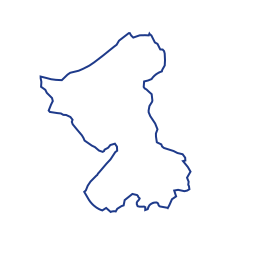 the district of Izra', Dar`a, Syria, rotated 239°
{"feature_id": "27442178B99944519185371", "entity_name": "Izra'", "entity_type": "district", "adm_level": 2, "iso_a3": "SYR", "parent_name": "Syria", "parent_adm1": "Dar`a", "projection": "mercator", "projection_center": [36.034, 32.866], "detail": "fine", "context": "isolated", "style": "outline", "palette": "blue", "viewbox_px": 256, "rotation_deg": 239, "n_neighbors": 0, "source": "geoboundaries", "source_scale": "gbopen_adm2", "svg_char_len": 4231}
<svg xmlns="http://www.w3.org/2000/svg" viewBox="0 0 256 256"><g transform="rotate(239 128 128)"><path d="M197.8,194.9L196.7,193.5L198.7,190.5L201.4,185.8L202.8,179.1L205.4,178.4L206.8,178.3L208.4,178.4L208.9,177.6L207.5,165.3L205.2,161.1L204.9,158.1L204.1,152.1L203.0,144.3L201.7,132.8L201.4,127.5L201.4,126.6L201.9,119.7L202.5,115.2L205.1,106.9L204.9,103.7L203.1,95.9L206.4,91.0L209.4,87.2L212.8,83.9L217.1,79.6L215.5,78.7L212.4,77.6L211.9,77.3L211.4,77.0L208.1,74.7L203.3,76.8L200.0,76.5L192.8,78.3L189.8,77.4L187.7,74.1L183.8,69.0L182.0,69.3L177.1,75.2L175.0,78.0L172.6,79.3L171.0,81.7L167.1,84.3L163.6,84.7L162.2,83.0L159.6,82.5L152.2,83.6L145.5,84.7L142.4,84.7L139.6,84.3L131.4,88.0L128.7,89.8L123.6,91.5L120.6,94.0L120.6,95.6L121.5,96.8L121.3,100.8L122.5,104.1L121.3,108.7L117.7,108.9L114.1,107.0L113.9,104.7L110.1,96.8L108.5,91.2L104.8,80.2L104.4,78.8L103.5,77.3L103.5,76.5L101.4,68.3L99.3,63.8L96.2,59.7L95.8,57.6L86.5,57.5L86.3,57.5L86.1,57.5L85.9,57.5L85.7,57.6L85.4,57.6L85.0,57.6L84.7,57.6L84.4,57.7L84.2,57.7L83.9,57.7L83.7,57.7L83.5,57.8L83.4,57.8L83.2,57.8L82.9,57.9L82.7,57.9L82.3,58.0L82.2,58.0L81.8,58.1L81.7,58.1L81.3,58.2L81.1,58.2L80.9,58.3L80.7,58.3L80.4,58.4L80.2,58.5L79.7,58.6L79.4,58.7L79.1,58.8L78.8,58.9L78.5,59.0L78.3,59.1L78.1,59.2L77.8,59.3L77.5,59.4L77.2,59.5L76.8,59.7L76.5,59.8L76.2,59.9L76.0,60.0L75.8,60.1L75.5,60.3L75.2,60.4L75.0,60.6L74.7,60.7L74.5,60.8L74.3,60.9L74.0,61.1L73.7,61.2L73.5,61.4L73.3,61.5L73.1,61.6L72.9,61.8L72.6,62.0L72.4,62.1L72.2,62.2L72.0,62.4L71.7,62.6L71.5,62.8L71.3,63.0L71.1,63.1L70.9,63.3L70.6,63.5L70.7,68.1L65.0,69.9L65.0,70.1L65.0,70.3L64.9,70.4L64.9,70.6L64.8,70.9L64.8,71.0L64.7,71.2L64.7,71.3L64.6,71.5L64.5,71.8L64.4,72.0L64.3,72.3L64.2,72.4L64.2,72.5L64.0,72.8L63.9,73.1L63.7,73.4L63.6,73.5L63.4,73.8L63.2,74.0L63.0,74.3L62.9,74.4L62.8,74.5L64.3,77.2L64.4,82.2L63.9,84.4L67.9,88.0L69.2,97.8L65.9,101.2L64.6,101.5L63.8,101.3L62.8,101.4L62.1,101.7L61.6,101.7L61.0,100.8L60.3,98.8L60.3,98.4L59.6,97.2L58.2,96.3L56.0,96.0L54.7,97.3L53.2,99.7L52.4,101.3L51.2,102.0L48.8,100.5L48.3,103.1L48.6,103.4L48.7,103.6L48.9,103.7L49.0,103.9L49.2,104.1L49.3,104.3L49.4,104.5L49.6,104.6L49.7,104.8L49.8,105.0L50.0,105.2L50.1,105.4L50.2,105.6L50.3,105.8L50.4,106.0L50.5,106.1L50.6,106.3L50.7,106.5L50.8,106.8L50.8,107.0L50.9,107.3L50.9,107.5L51.0,107.7L51.0,107.8L51.0,108.0L51.0,108.3L51.0,108.6L51.1,108.8L51.1,109.1L51.0,109.4L51.0,109.5L51.0,109.8L51.0,110.0L51.0,110.3L50.9,110.4L50.9,110.6L50.9,110.9L50.8,111.0L50.8,111.3L50.7,111.4L50.7,111.5L50.6,111.8L50.5,112.0L50.4,112.3L50.3,112.6L50.2,112.8L50.1,113.0L49.9,113.3L49.8,113.5L49.7,113.6L49.7,113.8L49.5,114.0L49.4,114.1L49.2,114.3L48.9,114.5L48.6,114.6L48.4,114.7L48.3,114.8L48.2,114.8L47.9,114.8L47.7,114.8L47.4,114.8L47.2,114.8L47.1,114.7L46.9,114.7L46.7,114.6L46.4,114.5L46.2,114.5L45.9,114.5L45.7,114.5L45.4,114.5L45.2,114.6L44.9,114.7L44.7,114.8L44.4,114.9L44.3,115.0L44.2,115.1L39.2,120.8L38.9,120.9L40.5,123.6L44.3,129.0L44.6,134.0L50.6,135.4L49.2,139.1L44.8,143.8L43.9,146.4L43.9,149.1L46.8,150.3L48.3,150.4L50.7,152.3L55.0,153.0L58.4,159.1L63.7,159.2L71.3,158.1L70.6,160.4L73.1,161.7L77.4,161.3L81.1,157.5L84.8,155.2L92.4,148.5L94.6,147.7L96.8,148.1L100.5,145.6L101.0,145.4L106.3,147.6L108.9,149.1L111.7,152.6L117.9,153.6L126.7,153.2L130.8,153.8L132.4,154.7L135.8,157.7L138.1,162.2L139.1,163.1L144.8,165.7L148.6,164.5L151.5,163.7L153.3,162.7L155.1,162.6L159.6,165.8L158.4,169.6L157.8,173.4L157.9,173.7L158.0,173.8L158.1,174.1L158.2,174.3L158.3,174.5L158.4,174.9L158.5,175.1L158.6,175.4L158.7,175.6L158.8,175.9L158.8,176.0L158.9,176.4L158.9,176.5L159.0,176.8L159.1,177.0L159.1,177.3L159.2,177.5L159.3,177.9L159.3,178.1L159.3,178.3L159.4,178.7L159.4,178.8L159.5,179.1L159.5,179.4L159.5,179.6L159.5,179.9L159.6,180.0L159.6,180.3L159.6,180.7L159.6,180.9L159.6,181.1L159.6,181.3L159.6,181.5L159.6,182.0L159.6,182.4L159.6,182.5L159.6,182.8L159.6,183.2L159.5,183.3L159.5,183.7L159.5,183.8L159.5,184.1L159.4,184.4L159.4,184.5L159.4,184.8L159.3,185.0L159.3,185.3L159.2,185.5L159.2,185.8L159.1,186.2L160.2,187.3L162.7,191.7L167.0,194.6L172.9,197.8L175.3,198.5L177.4,198.1L178.6,196.3L178.8,196.1L184.9,196.6L187.5,195.1L195.2,195.7L197.5,194.9L197.8,194.9Z" fill="none" stroke="#1e3a8a" stroke-width="2"/></g></svg>